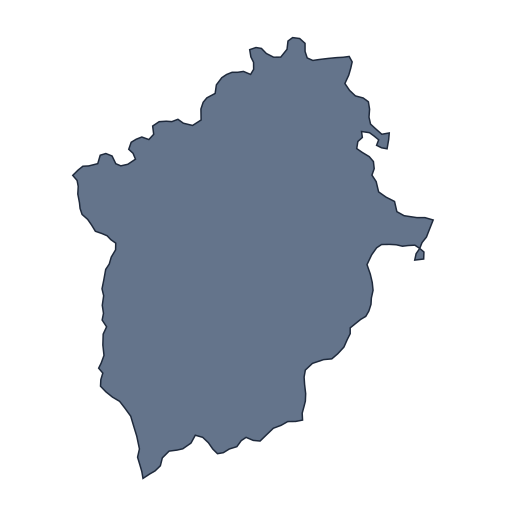 the district of Conceição da Barra de Minas, Minas Gerais, Brazil, rotated 357°
{"feature_id": "56859067B78815771597461", "entity_name": "Conceição da Barra de Minas", "entity_type": "district", "adm_level": 2, "iso_a3": "BRA", "parent_name": "Brazil", "parent_adm1": "Minas Gerais", "projection": "mercator", "projection_center": [-44.485, -21.147], "detail": "fine", "context": "isolated", "style": "filled", "palette": "slate", "viewbox_px": 512, "rotation_deg": 357, "n_neighbors": 0, "source": "geoboundaries", "source_scale": "gbopen_adm2", "svg_char_len": 2679}
<svg xmlns="http://www.w3.org/2000/svg" viewBox="0 0 512 512"><g transform="rotate(357 256 256)"><path d="M419.9,257.0L422.5,251.3L427.2,246.0L431.0,237.6L434.8,229.3L426.7,226.5L418.7,226.1L412.8,224.9L406.0,223.5L399.0,219.1L397.2,208.8L388.9,204.0L381.8,198.4L379.9,188.0L376.0,181.3L378.6,175.0L378.2,167.8L374.3,162.7L367.5,158.1L362.2,154.0L363.7,147.0L368.4,143.2L367.9,137.2L375.8,138.8L380.1,142.3L384.6,146.4L382.2,151.8L387.0,154.5L392.5,155.8L394.6,146.6L395.5,140.1L388.0,141.0L381.6,134.7L377.3,130.3L376.1,123.3L377.1,115.4L376.3,107.9L371.3,103.8L363.6,101.3L358.1,95.5L353.8,88.4L358.1,80.2L360.5,73.2L362.2,67.2L359.5,61.6L353.4,62.1L346.9,62.1L338.1,62.5L329.2,63.1L323.0,63.7L317.5,60.9L315.7,54.3L316.1,46.2L311.0,41.1L304.0,39.8L299.2,43.0L297.8,51.2L291.1,58.7L284.0,58.4L276.9,54.3L272.3,49.0L266.9,47.8L260.5,49.6L261.3,56.9L263.7,62.5L263.4,69.5L260.1,74.4L253.1,71.0L247.2,71.6L241.7,71.3L236.1,73.2L231.2,76.1L225.4,83.0L223.7,91.5L215.2,95.5L211.3,99.7L208.7,106.3L208.3,117.3L199.5,122.3L190.4,119.6L185.2,115.4L179.0,117.4L173.4,116.7L166.3,116.8L159.6,120.8L160.2,129.1L155.1,134.1L148.2,131.2L142.5,133.1L137.3,135.9L134.5,142.8L138.6,147.0L140.7,153.0L132.8,157.7L125.7,158.9L120.8,156.5L117.5,148.6L111.4,145.8L105.7,147.2L102.8,155.5L93.6,157.3L87.8,157.3L82.8,160.9L77.2,165.9L81.3,171.2L82.1,177.2L81.3,184.8L82.5,193.6L82.8,199.3L84.5,205.4L89.8,210.6L93.4,216.4L96.9,222.9L103.3,225.5L108.4,228.0L111.9,232.1L116.6,235.8L116.1,242.5L111.4,249.5L109.0,256.4L105.2,261.5L102.8,271.8L100.5,280.7L101.8,287.7L99.9,297.2L100.7,305.3L99.0,311.9L103.1,318.9L99.3,326.0L98.4,336.9L99.0,347.3L95.8,354.8L93.0,359.8L96.9,364.9L94.6,371.3L93.9,377.9L99.0,383.8L105.4,389.5L112.2,394.0L117.0,400.9L122.5,409.4L124.8,418.9L127.5,429.7L129.5,442.6L127.2,450.7L129.2,458.9L130.7,465.3L131.5,472.2L138.3,468.2L144.0,465.3L149.5,460.5L151.9,452.7L159.0,446.3L166.9,445.7L172.8,444.7L181.3,439.4L186.0,431.8L193.3,434.3L198.7,440.0L202.8,446.6L207.2,451.4L213.1,450.7L219.3,447.3L226.9,445.4L231.6,439.6L236.6,436.6L243.6,440.0L250.4,441.0L256.9,435.3L264.3,428.9L272.2,426.4L279.0,423.0L286.9,423.3L293.9,422.3L293.9,415.4L296.0,409.0L297.7,403.5L298.4,396.1L297.8,386.8L297.7,379.4L299.3,372.5L306.7,366.2L318.1,363.0L326.3,362.7L332.4,358.0L339.0,351.6L342.8,344.1L346.0,338.5L346.3,332.7L351.4,329.0L357.2,324.8L362.5,322.0L365.8,316.9L368.3,310.3L369.0,304.0L371.1,296.4L370.7,288.5L369.2,280.1L366.4,270.4L371.6,260.8L376.9,254.1L382.0,251.1L390.1,251.4L396.6,252.1L402.8,253.9L408.4,253.5L415.2,253.5L419.9,257.0ZM419.9,257.0L416.0,262.1L414.3,268.4L423.3,267.8L423.9,260.8L419.9,257.0Z" fill="#64748b" stroke="#1e293b" stroke-width="1.5"/></g></svg>